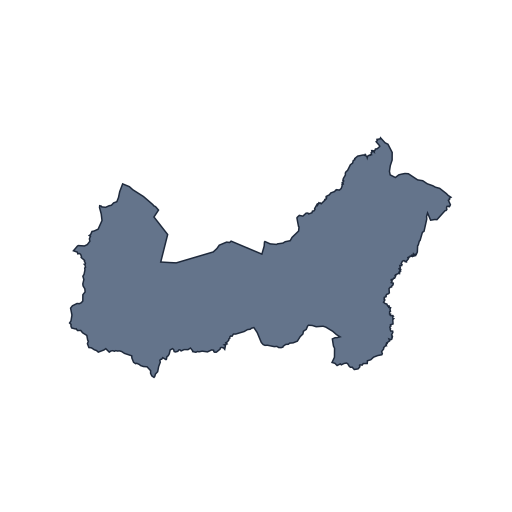 Twifo Hemang Lower Denkyira, Central, Ghana (orthographic projection), rotated 122°
{"feature_id": "2480657B44541331554905", "entity_name": "Twifo Hemang Lower Denkyira", "entity_type": "district", "adm_level": 2, "iso_a3": "GHA", "parent_name": "Ghana", "parent_adm1": "Central", "projection": "orthographic", "projection_center": [-1.455, 5.378], "detail": "fine", "context": "isolated", "style": "filled", "palette": "slate", "viewbox_px": 512, "rotation_deg": 122, "n_neighbors": 0, "source": "geoboundaries", "source_scale": "gbopen_adm2", "svg_char_len": 6139}
<svg xmlns="http://www.w3.org/2000/svg" viewBox="0 0 512 512"><g transform="rotate(122 256 256)"><path d="M265.5,407.3L273.6,405.7L279.3,403.6L283.7,402.8L286.4,404.9L289.6,405.5L291.2,407.2L294.4,409.3L296.1,412.8L295.7,413.7L296.2,415.2L297.8,414.4L302.4,409.5L307.5,405.4L316.9,404.1L320.7,406.6L322.1,408.1L325.5,407.6L327.0,408.3L327.1,406.8L329.7,406.4L331.5,404.7L335.7,405.1L338.4,406.8L341.3,412.2L342.2,412.7L348.3,413.6L347.4,409.5L348.6,408.3L347.4,406.9L347.6,405.5L348.9,403.8L349.9,403.5L350.6,399.0L351.3,398.9L352.5,396.8L353.4,396.6L354.0,397.2L354.2,396.3L355.9,394.6L357.0,394.9L358.4,393.7L362.7,392.1L364.9,392.1L367.2,389.5L371.4,388.1L373.0,386.8L374.5,383.8L377.0,381.9L380.6,382.3L386.0,379.0L388.4,379.5L390.0,380.5L391.1,382.6L395.5,385.3L398.5,385.6L403.6,380.8L409.1,378.5L411.6,378.6L412.0,376.6L413.5,375.8L414.7,374.2L413.6,370.5L413.0,370.0L413.8,367.9L412.0,365.2L413.0,362.4L413.0,357.4L416.6,354.1L417.1,353.0L419.7,352.5L422.2,349.2L421.1,347.0L421.2,343.4L420.7,341.2L421.1,338.8L416.2,335.1L414.2,334.3L415.3,329.5L413.3,328.6L412.2,327.3L411.8,325.6L410.6,324.8L410.0,323.1L408.8,321.5L408.2,319.3L408.3,316.0L406.5,308.5L408.3,307.2L411.0,303.5L411.1,301.0L410.2,300.3L409.8,297.2L410.1,296.0L409.4,292.9L407.7,289.7L409.1,284.6L411.4,283.2L412.9,280.8L413.0,278.2L412.0,278.0L409.4,278.7L406.2,278.1L401.2,280.0L396.8,280.9L395.4,282.3L394.2,282.1L393.6,281.3L391.6,281.2L391.6,277.5L391.2,277.2L388.5,278.2L387.1,277.6L385.0,277.7L381.1,279.0L378.8,277.7L379.1,276.1L380.4,274.8L380.1,273.5L378.3,271.8L376.4,271.6L375.9,270.9L376.2,269.2L373.5,267.4L371.4,264.0L368.8,262.8L370.1,259.1L370.6,259.0L369.5,256.0L368.0,255.0L367.4,253.5L365.2,251.2L363.0,246.3L359.2,243.9L358.4,242.0L359.5,241.0L359.5,240.0L358.5,238.6L354.0,237.1L353.0,237.5L352.0,237.1L351.1,234.9L351.7,233.1L348.0,234.5L348.1,235.8L345.9,234.0L345.5,235.6L344.3,234.9L341.9,234.5L340.9,235.1L339.8,234.6L338.6,235.3L337.4,235.2L336.7,233.8L334.2,233.8L332.9,231.8L326.3,226.0L322.9,224.2L321.2,222.1L319.7,221.6L317.8,219.9L320.3,214.4L326.5,205.7L327.3,203.0L327.0,201.0L325.6,199.0L323.2,192.5L321.6,190.4L321.6,188.2L320.4,186.1L319.0,184.9L318.1,185.1L315.2,183.9L313.7,181.8L312.1,181.3L310.0,178.5L306.3,175.8L300.9,175.8L297.3,174.9L294.7,175.9L291.6,174.5L288.1,175.1L286.9,174.8L285.1,171.5L284.1,167.5L280.0,161.9L279.3,159.1L279.2,150.9L280.0,146.3L280.0,141.9L282.3,144.0L283.3,145.6L285.9,147.3L291.3,142.6L292.6,140.5L300.3,135.8L306.0,135.1L305.2,132.2L305.9,129.2L302.8,127.3L303.1,126.0L300.5,124.4L298.8,122.5L298.8,121.1L300.2,118.3L300.3,116.9L299.3,115.5L300.2,112.5L297.6,109.6L294.9,109.2L293.8,110.3L293.2,110.1L292.2,108.1L290.4,108.1L288.2,104.7L285.8,106.0L283.2,103.7L279.5,102.7L275.9,100.0L273.1,97.0L271.9,97.1L270.5,98.8L267.1,98.5L266.0,99.2L263.4,98.5L263.0,97.9L262.5,98.7L261.2,98.5L261.0,99.1L260.5,99.2L260.2,98.6L259.9,98.8L257.1,97.7L255.9,99.3L255.5,97.3L254.6,96.8L252.3,97.5L252.5,97.9L251.6,98.1L251.1,99.2L248.2,99.5L247.3,100.3L248.2,102.0L247.0,103.4L246.2,103.5L245.9,104.5L244.4,105.0L243.9,104.5L243.0,105.5L241.0,103.8L237.5,106.3L236.2,106.0L236.4,106.8L234.8,108.2L234.3,107.7L234.0,108.4L235.2,110.3L235.1,110.8L234.0,111.1L234.4,112.0L232.3,113.2L231.6,112.7L230.1,114.2L228.6,114.4L228.9,115.4L228.5,115.9L229.1,115.8L229.3,116.2L228.0,117.0L228.6,117.9L227.4,119.6L227.9,121.3L227.6,123.4L225.5,123.3L225.1,124.1L224.6,123.9L224.2,124.7L223.1,125.3L221.5,124.1L221.0,124.7L219.4,124.9L217.8,123.7L216.6,123.4L213.2,125.9L211.3,125.6L210.4,124.6L209.2,125.0L207.9,124.5L206.3,125.2L206.9,127.2L204.9,127.3L204.8,128.7L204.3,128.8L203.1,127.5L201.7,127.4L201.4,126.7L199.3,126.9L198.8,127.7L198.3,127.2L197.8,127.6L195.3,125.9L193.8,126.1L194.3,125.2L192.8,125.8L192.2,125.4L191.6,126.7L191.4,126.0L190.7,126.1L190.6,127.8L189.6,127.3L187.9,129.0L187.0,127.4L185.9,127.6L185.7,128.8L182.9,129.1L181.5,128.1L181.4,127.0L181.8,126.6L181.3,125.3L180.8,125.7L177.7,125.3L176.9,126.3L176.4,125.5L175.8,125.8L175.3,125.1L174.3,125.2L173.9,124.1L173.3,124.2L173.4,123.5L172.8,123.8L173.0,122.7L171.8,121.6L172.1,123.2L170.7,123.7L171.0,122.6L169.9,121.6L170.8,121.4L169.8,120.9L167.1,121.3L161.6,124.4L160.7,124.2L156.8,125.4L155.9,125.1L147.8,127.4L146.0,126.6L134.1,130.8L132.1,132.3L128.6,133.3L133.1,126.9L130.3,123.7L129.3,121.8L117.4,119.7L116.6,118.9L115.4,118.8L114.3,119.9L112.8,120.4L111.6,118.9L111.9,118.3L111.0,118.1L109.5,118.3L106.8,122.4L105.5,121.8L104.6,122.6L102.9,121.8L102.8,125.3L102.2,127.5L101.3,136.1L102.6,140.4L102.7,143.2L104.0,149.0L103.8,154.5L105.8,159.3L105.5,170.4L107.1,173.4L109.6,176.1L111.5,177.9L115.6,179.4L116.1,185.2L113.5,187.7L108.2,190.0L102.5,191.4L96.0,195.4L91.3,203.3L91.6,206.6L89.8,213.0L90.8,212.7L93.0,215.2L93.6,214.3L95.4,214.7L97.0,209.6L97.6,209.1L100.9,210.1L102.0,211.4L103.7,211.1L104.3,211.8L105.2,210.9L104.9,213.1L105.3,213.7L106.3,212.7L107.4,213.1L108.9,211.7L109.6,212.8L110.1,212.5L111.1,213.8L112.1,214.2L113.8,213.7L112.9,214.7L112.8,216.4L112.2,216.5L112.0,217.3L113.2,217.4L113.4,218.5L117.4,222.7L121.1,223.9L121.9,223.3L123.5,224.1L126.0,223.3L128.6,224.3L134.9,223.7L136.8,224.3L138.3,224.2L140.0,223.1L143.9,223.0L145.8,222.4L145.7,221.6L146.5,221.2L147.6,221.7L148.3,220.7L148.5,221.3L149.2,220.4L149.7,221.0L150.9,220.1L153.6,219.5L155.9,220.2L157.0,222.7L157.4,222.6L157.8,223.3L159.7,223.5L162.9,226.0L165.2,226.2L168.2,228.0L168.6,227.6L168.7,228.4L169.0,227.5L170.2,226.6L171.6,227.6L172.0,227.1L177.2,228.4L177.0,229.7L177.5,229.9L177.5,230.9L179.5,230.8L178.9,231.2L179.3,231.6L184.7,231.4L185.1,230.7L187.1,230.8L188.0,231.9L189.7,231.5L192.4,233.6L192.1,234.7L193.1,236.2L197.4,237.4L198.6,240.8L201.2,241.5L202.0,241.5L204.1,239.6L208.4,235.6L208.6,234.9L212.3,233.1L221.1,235.3L224.9,235.1L228.4,238.8L230.8,240.0L234.3,244.2L235.3,244.7L238.2,250.4L239.0,256.1L239.7,256.2L243.3,254.3L251.3,252.0L256.6,285.0L258.5,285.5L259.8,288.3L266.3,292.9L270.4,293.1L275.2,294.4L304.1,320.0L307.4,325.9L311.6,333.6L284.6,342.3L277.0,363.2L268.7,363.0L267.4,367.3L267.6,369.5L267.1,370.6L265.2,382.9L265.1,395.5L264.3,400.1L265.5,407.3Z" fill="#64748b" stroke="#1e293b" stroke-width="1.5"/></g></svg>